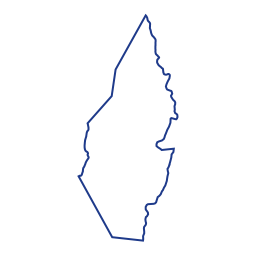 the district of Dugard, Choiseul, Saint Lucia
{"feature_id": "8701671B45858620723076", "entity_name": "Dugard", "entity_type": "district", "adm_level": 2, "iso_a3": "LCA", "parent_name": "Saint Lucia", "parent_adm1": "Choiseul", "projection": "equal_earth", "projection_center": [-61.028, 13.805], "detail": "fine", "context": "isolated", "style": "outline", "palette": "blue", "viewbox_px": 256, "rotation_deg": 0, "n_neighbors": 0, "source": "geoboundaries", "source_scale": "gbopen_adm2", "svg_char_len": 5203}
<svg xmlns="http://www.w3.org/2000/svg" viewBox="0 0 256 256"><path d="M145.7,15.4L115.6,69.5L111.7,96.1L87.6,123.3L87.9,124.5L88.0,124.9L88.1,125.6L88.1,125.8L88.3,126.5L88.4,126.9L88.4,127.1L88.4,127.3L88.5,127.5L88.5,128.0L88.5,128.4L88.5,128.7L88.5,129.1L88.5,129.4L88.4,129.8L88.3,130.0L88.1,130.3L88.0,130.5L87.8,130.7L87.5,131.1L87.3,131.2L87.2,131.5L86.9,132.2L86.9,132.4L86.8,132.6L86.7,133.1L86.6,133.6L86.5,134.5L86.3,135.7L86.3,136.2L86.2,136.4L86.1,136.9L85.9,137.5L85.7,138.2L85.6,138.4L85.6,138.5L85.5,138.9L85.3,139.5L85.2,139.8L85.1,140.2L85.1,140.6L85.0,140.9L85.0,141.4L84.9,141.9L84.9,142.2L84.8,142.7L84.8,143.4L84.7,143.8L84.7,144.0L84.7,144.3L84.7,144.5L84.6,144.9L84.6,145.5L84.6,145.9L84.6,146.1L84.6,147.3L84.7,148.0L84.7,148.3L84.8,148.5L84.9,149.1L84.9,149.3L85.0,149.6L85.1,149.8L85.4,150.5L85.5,150.7L85.6,150.8L85.8,151.0L86.5,151.6L87.0,151.8L87.3,152.0L87.5,152.2L87.6,152.4L87.7,152.6L87.8,152.8L87.9,153.0L88.0,153.2L88.0,153.5L87.9,153.9L87.7,154.2L87.7,154.4L87.6,154.6L87.6,154.8L87.7,155.1L87.7,155.4L87.8,155.6L88.0,155.9L88.3,156.6L88.5,156.9L88.6,157.1L88.6,157.4L88.6,157.6L88.6,157.8L88.5,158.0L88.4,158.2L88.0,158.9L87.7,159.2L87.5,159.5L87.2,160.0L86.8,160.6L86.6,161.0L86.3,161.4L86.0,162.1L85.8,162.4L85.7,162.7L85.6,163.1L85.5,163.3L85.4,163.6L85.4,163.8L85.3,164.0L85.1,164.5L84.9,165.0L84.7,165.4L84.6,165.6L84.4,166.3L84.2,166.6L84.0,167.0L83.8,167.3L83.6,167.5L83.4,167.8L83.4,168.0L83.2,168.4L83.1,168.9L83.0,169.4L83.0,169.6L83.0,169.9L82.9,170.4L82.9,171.0L82.9,171.3L82.8,171.5L82.7,171.9L82.6,172.1L82.5,172.3L82.5,172.5L82.4,172.7L82.3,173.0L82.2,173.3L82.1,173.6L82.0,174.0L81.9,174.2L81.9,174.4L81.8,174.6L81.7,174.8L81.5,175.1L81.4,175.3L81.2,175.4L80.9,175.7L80.7,175.8L80.2,175.8L79.9,175.7L79.7,175.8L79.2,176.0L78.6,176.3L112.2,237.2L143.0,240.6L143.2,239.2L143.1,236.2L143.4,235.3L144.2,233.4L144.2,231.5L143.9,228.4L144.1,227.0L145.8,224.7L146.1,223.1L145.7,221.7L145.5,220.5L145.4,219.2L145.9,217.1L147.1,216.1L147.5,215.3L148.1,214.3L147.9,212.5L147.0,211.2L145.9,209.7L145.7,209.2L145.7,206.9L146.8,204.9L148.0,204.2L153.7,203.8L155.0,203.4L156.1,202.3L156.6,200.6L157.7,197.1L159.3,195.9L160.7,194.3L162.0,191.2L162.8,190.3L164.0,187.6L165.3,185.5L166.8,180.9L167.1,178.7L167.5,176.2L168.3,173.1L167.8,171.1L167.5,168.9L168.4,167.5L169.3,165.3L169.2,165.3L170.2,161.8L171.3,157.5L171.6,154.4L173.4,152.0L173.8,148.7L161.7,150.0L160.6,149.0L157.8,147.2L156.5,146.0L156.5,144.1L157.3,142.2L159.0,141.4L161.9,140.5L163.8,139.0L164.5,137.4L165.0,135.5L165.8,133.7L167.3,129.8L169.0,126.7L170.4,122.8L170.5,121.2L170.6,118.8L171.3,118.1L172.3,118.3L174.0,118.8L176.1,119.3L176.9,118.6L177.5,117.0L177.3,114.9L176.6,114.0L175.2,113.1L174.5,111.2L174.8,109.8L174.5,106.2L175.2,104.1L175.2,102.3L174.6,101.2L173.0,99.7L171.3,97.0L171.0,95.8L172.2,93.7L171.6,91.4L171.1,90.9L169.7,90.5L167.2,89.5L166.6,88.6L165.9,86.5L166.5,84.3L167.7,81.5L169.4,78.4L169.8,76.0L169.8,75.2L169.7,74.8L169.5,74.6L169.4,74.5L169.2,74.3L168.9,74.1L168.6,74.0L168.4,74.0L168.1,74.0L167.8,74.1L167.2,74.4L166.9,74.5L166.6,74.6L166.3,74.7L165.7,74.7L165.3,74.6L164.9,74.5L164.7,74.4L164.4,74.3L164.1,74.0L163.9,73.9L163.9,73.7L163.7,73.3L163.6,73.1L163.5,72.8L163.4,72.6L163.4,72.4L163.3,72.2L163.3,71.5L163.2,71.3L163.2,71.1L163.2,70.9L163.1,70.4L163.1,69.8L163.0,69.6L163.0,69.4L163.0,69.1L162.9,68.8L162.8,68.6L162.6,68.5L162.3,68.3L162.0,68.2L161.9,68.1L161.7,68.0L161.5,67.7L161.2,67.3L161.1,67.2L160.8,67.0L160.7,66.9L160.4,66.7L160.2,66.5L159.9,66.3L159.6,66.1L159.4,65.8L159.2,65.7L158.9,65.4L158.7,65.3L158.6,65.2L158.4,64.8L158.3,64.6L158.2,64.5L158.1,64.2L157.9,64.0L157.8,63.8L157.7,63.7L157.5,63.3L157.3,62.9L157.2,62.5L157.1,62.3L157.1,62.1L157.1,61.9L157.1,61.7L157.1,61.1L157.2,60.9L157.2,60.7L157.2,60.3L157.3,60.1L157.3,59.8L157.4,59.6L157.5,59.5L157.8,59.1L158.0,59.0L158.3,58.7L159.0,57.8L159.1,57.6L159.1,57.4L158.9,57.1L158.7,56.9L158.5,56.7L158.3,56.6L158.2,56.5L157.9,56.1L157.8,55.9L157.5,55.5L157.3,55.4L157.0,55.1L156.6,54.8L156.2,54.3L155.9,54.0L155.8,53.5L155.7,53.3L155.6,53.0L155.5,52.4L155.5,52.2L155.5,51.9L155.4,51.5L155.4,51.0L155.5,50.5L155.5,49.5L155.4,49.1L155.4,47.0L155.4,46.9L155.4,45.9L155.5,45.7L155.5,44.6L155.5,44.0L155.5,43.4L155.5,43.1L155.5,42.7L155.5,42.4L155.5,42.1L155.6,41.5L155.6,40.7L155.6,40.2L155.5,39.6L155.4,39.3L155.3,39.2L155.2,39.0L155.1,38.8L154.9,38.6L154.7,38.3L154.6,38.1L154.3,37.7L154.1,37.6L153.8,37.1L153.1,36.4L152.9,36.3L152.8,36.1L152.6,36.0L152.4,35.7L152.2,35.4L152.0,35.1L151.8,34.7L151.3,33.4L151.2,33.0L151.1,32.8L151.0,32.2L150.9,31.9L150.9,31.5L150.8,31.3L150.8,31.1L150.7,30.7L150.5,30.1L150.5,29.9L150.4,29.7L150.3,29.3L150.2,29.1L150.0,28.7L149.9,28.3L149.9,27.7L149.9,27.2L150.0,27.0L150.0,26.8L150.0,26.4L150.0,26.1L150.0,25.9L150.0,25.7L150.0,25.3L150.1,24.6L150.1,24.4L150.1,24.1L150.1,23.9L150.1,23.7L150.0,23.2L149.9,23.1L149.8,22.9L149.7,22.8L149.5,22.4L149.4,22.3L149.1,22.0L149.0,21.8L148.9,21.7L148.6,21.5L148.5,21.4L148.2,21.0L148.0,20.8L147.9,20.7L147.7,20.1L147.6,19.9L147.5,19.5L147.5,19.1L147.3,18.4L147.3,18.2L147.2,17.8L147.1,17.6L147.0,17.4L146.7,16.8L146.4,16.3L146.3,16.1L146.2,16.0L145.9,15.6L145.7,15.4Z" fill="none" stroke="#1e3a8a" stroke-width="2"/></svg>